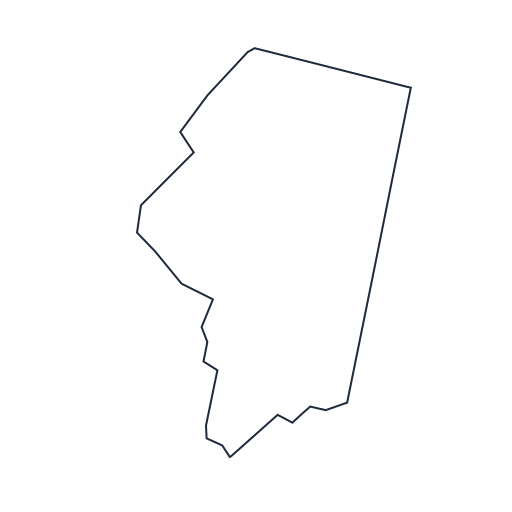 Lackawanna, Pennsylvania, United States of America, rotated 14°
{"feature_id": "52423323B11679066299223", "entity_name": "Lackawanna", "entity_type": "district", "adm_level": 2, "iso_a3": "USA", "parent_name": "United States of America", "parent_adm1": "Pennsylvania", "projection": "orthographic", "projection_center": [-75.639, 41.402], "detail": "fine", "context": "isolated", "style": "outline", "palette": "slate", "viewbox_px": 512, "rotation_deg": 14, "n_neighbors": 0, "source": "geoboundaries", "source_scale": "gbopen_adm2", "svg_char_len": 532}
<svg xmlns="http://www.w3.org/2000/svg" viewBox="0 0 512 512"><g transform="rotate(14 256 256)"><path d="M132.1,234.6L134.9,262.1L156.8,275.8L190.5,300.9L224.7,308.5L220.4,338.1L229.6,351.2L230.6,371.1L246.2,376.2L248.5,432.6L252.2,444.9L269.1,448.0L279.1,457.3L280.5,456.0L315.4,404.9L331.6,408.9L339.0,397.7L345.0,389.0L360.9,388.7L379.9,376.2L373.7,236.0L369.5,145.6L365.5,55.2L361.2,55.3L246.8,54.8L204.4,54.7L198.6,60.1L170.1,111.7L152.5,154.0L170.5,170.6L132.1,234.6Z" fill="none" stroke="#1e293b" stroke-width="2"/></g></svg>